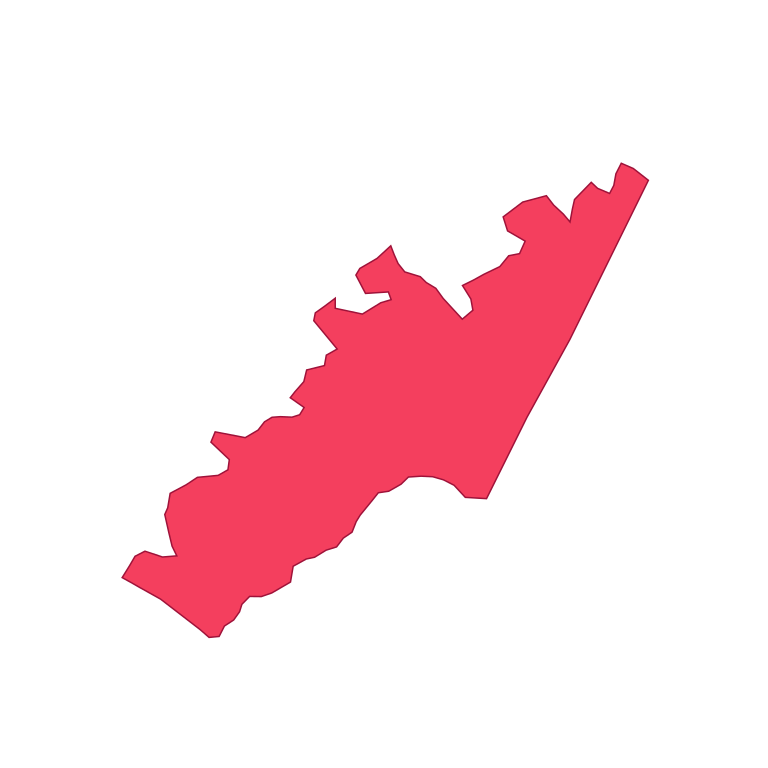 Entre Rios do Oeste, Paraná, Brazil, rotated 297°
{"feature_id": "56859067B61468544872659", "entity_name": "Entre Rios do Oeste", "entity_type": "district", "adm_level": 2, "iso_a3": "BRA", "parent_name": "Brazil", "parent_adm1": "Paraná", "projection": "robinson", "projection_center": [-54.223, -24.708], "detail": "fine", "context": "isolated", "style": "filled", "palette": "rose", "viewbox_px": 768, "rotation_deg": 297, "n_neighbors": 0, "source": "geoboundaries", "source_scale": "gbopen_adm2", "svg_char_len": 1591}
<svg xmlns="http://www.w3.org/2000/svg" viewBox="0 0 768 768"><g transform="rotate(297 384 384)"><path d="M476.0,310.0L468.3,309.5L456.3,326.4L468.0,346.1L462.4,352.1L455.0,344.3L436.5,333.0L429.3,306.2L438.3,301.6L426.0,295.6L416.2,290.5L408.5,292.7L393.9,326.4L383.5,319.5L373.4,322.6L361.4,308.7L349.7,311.5L336.8,308.2L329.2,306.7L326.8,323.5L318.3,322.8L312.7,317.1L307.8,306.4L303.5,299.3L296.1,294.7L285.7,292.7L273.2,284.7L264.7,255.3L253.6,256.2L246.4,280.5L236.7,283.9L227.3,277.7L216.1,260.1L204.4,253.5L189.5,243.1L175.5,247.5L168.2,247.9L154.2,259.5L143.3,268.8L136.8,277.4L129.3,265.2L126.5,246.9L117.5,240.4L106.7,239.8L92.6,238.6L92.3,248.4L91.8,258.6L90.9,282.5L81.8,331.1L78.8,343.2L84.2,351.7L95.9,351.7L105.5,357.2L115.5,358.7L123.2,357.4L133.7,360.7L138.9,371.2L146.9,378.9L165.1,390.6L180.4,385.8L192.8,394.2L198.1,400.8L209.7,407.9L217.3,415.7L228.2,417.7L237.5,422.8L248.8,421.7L256.3,422.3L275.6,426.5L284.5,428.3L290.6,436.9L302.5,444.7L312.2,448.0L318.7,458.9L323.5,469.5L325.6,480.4L325.6,492.4L319.9,507.9L328.4,527.4L419.3,526.5L508.1,529.4L685.5,527.1L689.2,508.3L688.4,495.2L676.6,495.2L665.3,498.6L656.2,498.5L655.3,485.5L657.8,477.1L634.9,470.0L625.5,472.4L612.8,476.2L616.8,466.7L620.4,454.0L625.5,443.2L609.1,425.0L587.0,414.3L576.5,424.6L575.4,444.9L561.7,445.6L554.9,436.9L541.2,433.9L527.1,423.2L516.9,416.3L507.4,409.2L499.2,422.8L490.1,429.7L477.3,424.3L487.1,397.9L492.8,386.7L493.6,375.6L496.1,367.6L493.3,351.6L497.7,341.9L503.8,334.4L510.2,327.3L492.8,320.8L482.8,314.4L476.0,310.0Z" fill="#f43f5e" stroke="#9f1239" stroke-width="1.5"/></g></svg>